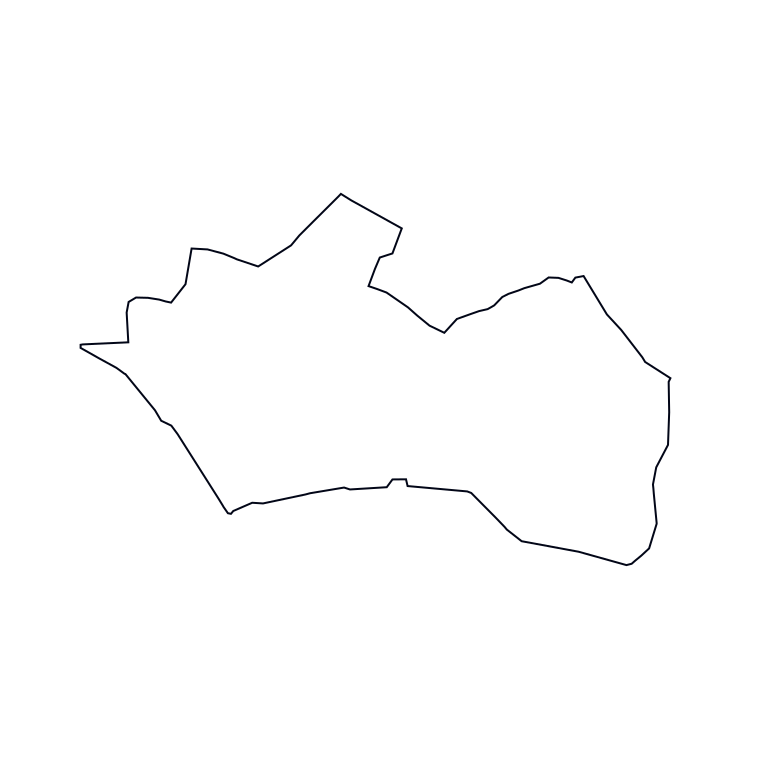 outline of Awgu, Enugu, Nigeria, rotated 287°
{"feature_id": "59680162B11400589438827", "entity_name": "Awgu", "entity_type": "district", "adm_level": 2, "iso_a3": "NGA", "parent_name": "Nigeria", "parent_adm1": "Enugu", "projection": "robinson", "projection_center": [7.469, 6.159], "detail": "fine", "context": "isolated", "style": "outline", "palette": "ink", "viewbox_px": 768, "rotation_deg": 287, "n_neighbors": 0, "source": "geoboundaries", "source_scale": "gbopen_adm2", "svg_char_len": 1447}
<svg xmlns="http://www.w3.org/2000/svg" viewBox="0 0 768 768"><g transform="rotate(287 384 384)"><path d="M518.4,268.7L501.3,259.6L489.4,254.6L459.6,229.3L460.2,206.8L460.6,204.0L461.7,192.3L461.1,175.9L457.3,160.4L421.4,165.0L399.6,156.6L399.1,151.1L399.0,144.4L397.4,133.1L394.2,121.6L387.8,115.8L377.1,117.0L349.1,127.3L333.8,84.4L332.8,82.4L329.8,83.3L325.2,104.2L321.2,123.4L317.9,132.9L317.9,133.8L291.9,172.7L283.7,181.7L282.0,192.8L275.7,201.3L225.8,259.5L220.4,265.6L219.6,266.4L214.8,272.5L215.1,275.6L218.5,277.0L231.9,292.7L234.4,303.2L255.4,341.2L257.9,345.2L273.3,376.1L273.2,382.3L286.1,416.8L295.2,420.0L299.3,432.9L293.3,436.4L305.6,495.0L305.3,499.3L302.0,505.4L289.0,529.6L282.6,541.1L280.7,544.0L273.9,561.6L280.5,619.2L281.7,668.8L284.5,673.4L288.4,675.8L295.2,680.3L301.2,683.8L304.3,685.6L330.0,685.6L330.7,685.4L358.2,674.0L363.0,672.1L366.5,670.6L383.9,668.7L408.8,673.4L440.3,665.0L469.3,655.6L473.3,656.2L481.4,627.3L485.0,623.3L505.0,595.1L515.7,576.8L545.6,543.3L541.7,535.9L536.0,533.9L536.4,528.5L536.5,519.8L534.0,510.3L525.5,503.8L516.7,490.2L512.7,485.2L506.6,476.7L501.8,471.7L491.4,466.4L488.7,463.9L485.9,461.2L481.5,453.6L476.3,446.5L467.5,434.7L450.6,426.7L453.1,410.5L459.1,395.9L464.3,384.5L472.2,359.7L472.8,349.9L473.1,340.6L491.4,341.7L503.7,343.0L507.7,348.7L508.4,349.7L511.3,353.9L538.0,355.5L550.0,299.1L553.2,287.2L550.0,285.6L518.4,268.7Z" fill="none" stroke="#020617" stroke-width="2"/></g></svg>